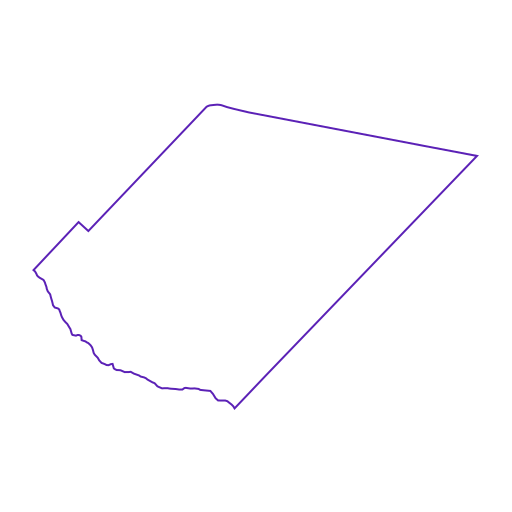 outline of Ituzaingó, Buenos Aires, Argentina, rotated 269°
{"feature_id": "61730980B5073290621442", "entity_name": "Ituzaingó", "entity_type": "district", "adm_level": 2, "iso_a3": "ARG", "parent_name": "Argentina", "parent_adm1": "Buenos Aires", "projection": "robinson", "projection_center": [-58.708, -34.64], "detail": "fine", "context": "isolated", "style": "outline", "palette": "violet", "viewbox_px": 512, "rotation_deg": 269, "n_neighbors": 0, "source": "geoboundaries", "source_scale": "gbopen_adm2", "svg_char_len": 1698}
<svg xmlns="http://www.w3.org/2000/svg" viewBox="0 0 512 512"><g transform="rotate(269 256 256)"><path d="M104.0,231.9L136.6,264.0L352.2,478.7L363.0,426.7L399.7,251.3L403.3,237.1L405.4,229.6L407.1,224.9L407.5,223.6L407.8,221.9L408.0,219.9L407.8,216.9L407.4,212.5L406.9,210.9L406.1,209.2L283.9,88.8L293.0,79.2L245.8,33.3L244.4,34.8L243.0,35.6L241.6,36.3L240.5,36.7L239.5,37.5L238.1,39.2L236.8,41.4L236.1,42.6L235.5,43.3L233.1,44.5L231.3,45.0L230.0,45.5L228.4,46.0L226.9,46.2L224.3,47.2L222.6,48.5L221.9,49.1L221.0,49.6L219.1,50.0L216.8,50.6L214.8,51.2L212.7,51.7L210.3,52.2L208.0,53.9L207.4,55.9L207.0,57.1L206.0,58.3L204.4,58.8L202.7,59.5L200.1,60.2L198.3,60.9L195.5,62.4L193.1,64.4L191.4,66.1L187.4,68.4L186.3,69.1L181.5,70.4L180.3,71.1L179.5,74.6L180.1,76.1L180.1,77.6L179.3,79.3L178.2,80.0L174.9,80.2L174.0,82.7L173.6,84.0L172.6,85.3L172.0,86.6L171.3,87.4L170.6,88.1L169.6,89.1L167.8,90.3L166.9,90.7L164.6,91.4L162.0,92.0L160.2,93.0L158.7,94.4L157.0,96.0L155.7,96.7L154.4,97.4L151.8,99.7L151.1,101.6L150.3,103.4L149.6,104.6L149.4,106.7L150.4,109.0L150.6,110.7L146.1,111.9L145.1,113.3L144.4,114.8L144.3,116.8L144.1,118.6L142.2,122.7L142.2,126.9L142.4,128.7L140.5,131.9L138.6,137.0L137.5,138.5L136.6,141.9L135.7,143.8L134.4,145.3L131.4,150.4L131.0,151.6L130.4,152.6L127.5,155.1L126.9,156.2L126.0,158.2L125.3,159.8L125.4,161.6L125.4,163.9L125.4,165.2L125.0,167.1L124.8,168.5L124.4,173.4L124.1,175.3L123.8,177.0L123.8,180.1L125.2,182.1L125.4,183.5L124.6,188.1L124.6,189.9L124.7,192.2L124.1,196.3L123.1,197.9L122.6,201.9L121.9,208.0L118.8,210.6L114.5,213.1L112.2,215.6L112.0,222.8L111.3,224.9L110.4,225.9L107.9,229.0L106.1,230.7L104.0,231.9Z" fill="none" stroke="#5b21b6" stroke-width="2"/></g></svg>